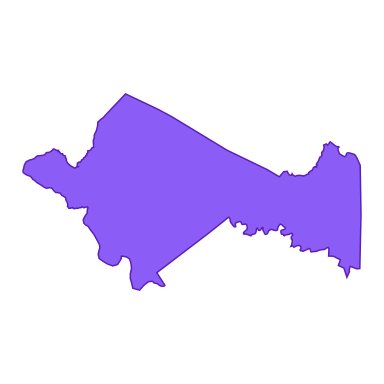 San Bartolo Yautepec, Oaxaca, Mexico
{"feature_id": "50627088B31711328181350", "entity_name": "San Bartolo Yautepec", "entity_type": "district", "adm_level": 2, "iso_a3": "MEX", "parent_name": "Mexico", "parent_adm1": "Oaxaca", "projection": "orthographic", "projection_center": [-95.928, 16.426], "detail": "fine", "context": "isolated", "style": "filled", "palette": "violet", "viewbox_px": 384, "rotation_deg": 0, "n_neighbors": 0, "source": "geoboundaries", "source_scale": "gbopen_adm2", "svg_char_len": 5040}
<svg xmlns="http://www.w3.org/2000/svg" viewBox="0 0 384 384"><path d="M360.2,165.3L357.2,158.6L355.5,155.5L354.4,154.4L352.4,153.8L351.1,153.4L348.7,152.8L347.5,152.9L346.6,153.5L345.9,155.7L345.2,156.4L344.4,156.6L342.1,155.4L340.0,154.1L339.0,153.0L337.9,148.9L338.1,148.0L339.0,147.1L338.6,146.6L336.6,146.6L334.7,145.4L332.2,143.4L330.4,141.9L329.7,142.2L329.4,142.5L329.2,143.5L327.4,145.2L326.4,143.9L323.7,145.0L324.1,147.3L323.6,150.2L321.7,152.5L321.9,155.4L320.9,156.8L319.8,157.2L319.1,159.2L318.8,160.1L317.9,161.9L316.5,163.8L316.4,164.6L317.0,164.7L317.0,165.8L315.9,166.5L316.2,167.2L315.3,167.1L314.4,166.8L313.3,167.8L313.0,168.8L311.6,170.8L311.0,170.8L308.7,172.6L308.7,174.0L307.3,174.2L305.8,175.2L303.5,175.9L302.4,175.8L300.5,175.4L298.9,175.3L298.2,175.6L297.4,175.4L296.4,175.8L295.4,176.2L294.6,176.1L294.2,175.7L293.1,175.2L292.7,174.7L292.1,173.7L291.6,175.0L290.8,175.2L289.8,175.0L289.2,174.8L288.8,174.4L287.9,172.7L287.2,171.3L283.7,171.7L279.4,176.8L268.0,170.1L267.8,169.9L227.2,150.3L172.1,116.9L160.2,110.5L158.4,109.5L125.5,93.9L105.3,115.3L103.3,117.6L100.8,119.4L97.8,122.2L97.6,125.7L96.5,130.3L94.2,135.3L94.2,138.2L93.3,140.2L93.4,143.9L93.6,146.2L93.7,147.0L91.7,148.0L91.1,149.4L89.9,150.5L87.8,150.8L87.8,152.6L86.8,153.8L87.1,154.8L85.7,155.7L85.6,156.5L85.1,157.1L83.9,157.6L83.4,159.0L81.9,159.7L81.4,160.6L80.1,162.4L79.0,162.0L77.4,163.2L77.1,166.1L78.1,166.6L75.6,167.5L75.4,167.9L74.5,168.0L72.1,166.7L71.2,166.1L70.5,165.7L69.0,164.4L67.8,163.2L66.9,161.8L66.3,160.5L66.4,159.2L65.5,157.4L65.4,156.0L63.3,155.3L62.5,153.7L60.5,153.5L59.5,151.8L58.0,151.6L58.5,150.4L56.3,150.2L53.9,148.9L52.9,149.3L52.4,150.2L51.6,150.8L50.8,151.5L49.2,152.3L48.4,152.4L47.2,152.5L46.5,152.6L45.8,153.3L45.1,154.4L44.2,154.9L43.3,155.2L41.1,155.5L39.4,155.7L37.7,155.9L36.6,156.3L35.8,157.1L34.3,158.6L31.2,159.7L30.1,159.9L28.7,160.4L26.3,161.7L25.5,162.9L24.7,164.3L24.2,165.7L23.9,167.4L23.6,168.5L23.2,169.8L23.0,170.5L23.1,172.1L23.6,172.9L24.5,173.5L26.0,174.6L29.4,176.0L30.3,176.3L31.4,177.4L32.1,178.3L32.7,179.3L33.4,179.7L34.5,180.3L35.5,181.3L36.3,182.0L37.7,183.1L38.4,183.4L41.5,185.4L43.7,186.9L44.7,187.5L45.4,187.8L46.5,188.2L47.5,188.1L49.4,187.7L50.7,187.9L51.7,188.2L52.5,188.9L53.9,190.8L55.7,192.5L60.0,193.0L61.9,195.4L65.5,197.5L66.1,200.5L67.3,202.6L67.8,204.7L67.4,206.2L68.9,208.3L70.3,208.4L71.0,207.8L71.8,207.9L73.2,207.7L73.3,208.4L74.3,208.7L75.7,208.4L76.5,208.1L77.5,208.4L78.4,208.2L79.3,207.7L81.2,207.6L81.8,206.9L82.7,206.9L83.3,207.6L84.2,207.7L85.3,207.2L86.2,207.1L87.6,207.0L88.1,207.8L87.4,208.9L87.4,209.7L87.3,210.7L87.3,211.6L87.1,211.8L87.3,212.4L87.2,213.2L85.8,214.9L84.4,217.3L83.2,219.8L83.9,223.3L85.9,225.2L88.3,226.4L89.6,228.7L94.2,234.8L95.7,237.7L97.6,241.0L99.3,244.5L99.9,247.5L98.8,251.2L98.2,254.4L99.1,258.4L103.0,261.3L107.5,264.0L112.9,265.9L117.6,264.5L119.5,261.6L121.2,258.7L121.4,256.1L125.9,256.7L129.4,258.7L130.6,262.1L131.1,264.3L131.5,268.4L130.4,273.3L130.3,278.4L131.5,282.5L132.1,285.3L132.9,288.3L139.6,290.1L141.6,287.9L143.5,285.7L145.7,283.7L148.8,281.6L152.5,281.3L154.0,282.9L157.2,283.6L159.5,285.4L161.3,286.2L164.0,286.2L164.9,285.3L156.8,272.7L210.4,231.8L210.7,231.5L228.6,217.2L229.5,218.0L230.2,219.5L230.1,220.7L230.7,222.4L233.0,225.5L234.4,226.9L235.7,226.7L235.6,225.6L235.3,224.2L235.7,223.2L236.6,222.5L238.9,221.7L240.1,221.6L241.0,222.0L241.7,223.9L242.1,224.4L242.8,224.5L245.9,224.0L246.8,225.0L247.3,227.8L246.7,229.6L245.5,230.8L244.0,232.0L243.5,232.9L243.5,233.7L243.8,234.1L244.8,234.1L246.0,234.0L250.9,235.8L251.7,234.8L252.7,234.3L254.9,233.8L256.0,232.2L256.3,230.4L256.5,228.7L257.5,228.2L257.9,229.0L258.4,230.2L259.4,230.5L260.5,230.0L261.6,228.4L262.5,227.4L263.1,227.9L262.8,229.4L263.1,230.7L263.9,231.9L264.3,232.8L264.5,233.6L265.0,234.1L265.8,234.4L266.9,234.0L267.8,232.9L268.5,231.0L269.9,230.0L271.6,229.3L272.7,229.8L274.5,230.4L276.0,230.6L277.5,230.0L277.8,227.9L278.2,226.6L278.9,225.6L280.3,224.1L281.9,224.8L283.0,225.9L284.0,226.8L285.0,227.6L285.4,228.1L285.2,228.8L284.3,229.5L283.2,229.7L281.5,230.2L280.9,230.9L280.9,232.2L281.4,234.0L283.3,234.6L283.9,235.6L284.4,235.8L285.3,234.8L286.8,234.8L289.3,234.3L291.8,233.1L292.2,233.8L292.3,234.5L292.8,235.0L292.3,235.6L291.5,236.5L291.2,237.4L291.3,239.0L292.1,239.3L292.3,241.3L292.0,242.8L292.0,243.3L291.7,244.7L290.9,246.4L292.6,245.9L293.4,246.5L293.9,247.2L295.2,246.6L296.5,245.9L298.7,245.4L299.7,245.8L300.6,246.4L301.1,247.6L300.8,248.7L300.2,249.4L300.2,250.2L300.5,250.8L301.8,250.7L303.1,251.3L307.4,249.3L309.1,248.5L309.8,248.8L310.1,249.5L310.4,250.3L310.6,250.9L310.8,251.5L311.2,251.9L311.9,251.9L313.6,251.5L315.2,251.5L315.9,251.4L316.9,251.2L318.9,250.3L320.6,249.9L321.6,249.7L322.6,249.6L324.2,249.5L325.6,248.8L326.8,247.9L328.2,247.4L328.8,248.5L329.0,247.7L328.6,256.1L333.3,256.2L340.4,259.8L338.3,265.5L343.9,268.0L346.9,277.3L349.5,271.5L349.1,270.4L349.6,268.5L350.0,267.3L350.3,266.3L356.6,268.8L359.8,268.6L361.0,215.0L360.2,165.3Z" fill="#8b5cf6" stroke="#5b21b6" stroke-width="1.5"/></svg>